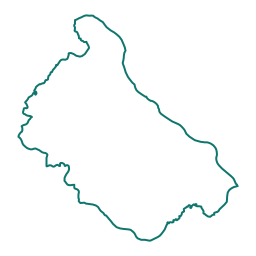 the district of Phonthong, Champasak, Laos
{"feature_id": "54806243B67434402908614", "entity_name": "Phonthong", "entity_type": "district", "adm_level": 2, "iso_a3": "LAO", "parent_name": "Laos", "parent_adm1": "Champasak", "projection": "mercator", "projection_center": [105.67, 15.132], "detail": "fine", "context": "isolated", "style": "outline", "palette": "teal", "viewbox_px": 256, "rotation_deg": 0, "n_neighbors": 0, "source": "geoboundaries", "source_scale": "gbopen_adm2", "svg_char_len": 5707}
<svg xmlns="http://www.w3.org/2000/svg" viewBox="0 0 256 256"><path d="M231.0,176.1L222.2,168.7L219.2,165.6L218.1,164.2L217.4,163.1L216.7,161.3L216.3,159.5L216.2,158.0L216.9,155.1L216.9,153.4L216.7,151.7L216.3,149.8L215.8,148.5L215.0,147.3L213.3,145.3L210.8,143.6L208.9,142.8L206.9,142.3L204.6,142.3L200.6,141.8L194.9,140.2L193.0,139.0L189.4,136.6L186.4,133.8L184.4,129.8L183.0,128.1L181.2,126.2L179.8,125.0L178.2,124.1L172.1,121.4L165.0,116.7L161.9,114.5L160.6,113.4L159.4,111.7L159.0,109.3L158.2,107.7L157.9,105.8L156.9,104.4L156.2,103.6L154.3,102.1L152.8,101.3L151.8,100.9L150.8,100.9L148.5,99.5L147.4,98.5L146.8,97.7L146.5,97.0L146.2,96.7L145.5,96.8L142.5,94.9L138.3,92.0L136.5,90.2L135.4,88.0L134.9,86.3L134.5,84.5L132.2,82.5L129.0,78.4L127.8,76.6L125.8,72.5L124.1,67.0L123.1,64.4L122.7,62.8L123.2,61.1L123.7,58.2L123.9,55.4L124.4,52.7L125.5,50.7L124.9,47.7L123.8,44.9L121.6,39.8L119.4,36.8L116.6,34.3L114.1,32.4L110.5,30.3L106.6,27.2L104.9,25.0L102.9,22.2L101.9,21.5L100.3,20.6L97.5,18.5L94.5,17.0L93.4,15.9L92.8,15.7L91.5,15.6L89.2,15.7L86.7,15.4L85.0,15.6L83.7,16.1L81.8,17.1L78.7,18.4L76.1,19.8L75.1,20.1L75.0,21.9L74.9,22.5L75.0,23.6L74.8,24.2L74.3,24.9L74.2,25.5L74.3,26.1L75.0,27.6L74.9,28.7L74.9,29.5L74.8,29.9L74.6,30.2L74.6,30.6L74.8,31.0L75.2,31.4L76.2,31.7L77.0,32.1L77.4,32.6L77.8,33.6L78.0,34.5L78.6,35.3L79.0,37.7L79.0,38.2L79.2,38.4L79.9,38.6L80.6,38.6L80.7,38.9L80.8,39.4L81.0,40.2L81.7,40.7L82.3,40.8L82.9,41.0L84.0,42.0L84.9,42.1L86.4,41.9L86.9,43.1L87.9,44.8L88.4,45.8L88.9,47.2L88.9,48.2L84.9,54.0L82.1,56.0L81.2,56.3L79.8,56.6L76.1,55.7L74.9,54.8L73.4,53.9L70.9,53.0L69.0,53.2L68.6,53.8L68.7,54.9L67.7,58.1L67.3,58.8L66.7,59.2L65.2,59.7L63.2,59.5L62.1,59.6L61.4,59.9L60.7,60.3L59.9,61.2L57.4,65.0L56.7,64.9L56.2,65.0L56.0,65.4L56.1,66.2L54.1,68.7L53.0,69.8L52.6,70.5L52.1,71.9L51.8,72.0L51.0,72.2L50.7,72.5L50.5,73.0L50.5,73.7L49.6,75.0L48.4,76.2L48.3,76.7L48.0,79.1L47.8,79.5L46.5,80.1L45.8,80.1L45.6,80.2L45.4,80.5L44.8,81.9L44.7,82.3L43.8,83.2L43.5,83.3L43.0,83.2L40.2,84.3L39.5,84.2L37.5,85.7L36.3,86.7L36.0,87.1L35.5,88.6L34.6,89.9L34.2,90.9L34.4,91.2L35.9,91.7L36.2,92.1L36.4,92.8L36.4,93.6L35.9,94.4L35.5,94.6L35.3,94.5L35.1,94.3L34.7,93.3L34.4,93.1L34.0,92.9L33.5,93.0L33.2,93.3L32.5,94.7L31.9,95.5L28.6,97.5L27.9,99.0L27.2,100.0L25.3,102.1L25.2,102.5L26.4,104.0L27.1,105.5L27.6,106.9L27.5,107.5L27.4,107.8L26.9,108.1L26.2,108.2L25.7,108.1L24.7,108.2L24.1,108.3L23.7,109.1L23.6,109.9L23.0,112.2L23.2,113.1L23.5,113.6L24.0,113.9L24.9,114.2L26.2,115.1L27.3,115.6L30.3,116.1L31.4,116.6L31.8,116.9L31.8,117.1L30.7,117.8L30.0,119.1L29.1,119.8L28.8,120.1L27.7,122.7L27.3,123.3L26.3,124.2L25.6,124.5L23.5,125.1L21.9,126.0L21.7,126.2L22.3,127.9L22.4,130.1L21.9,131.6L20.6,132.6L19.7,133.8L18.8,135.2L18.6,136.1L18.5,136.8L20.1,138.2L20.7,139.0L21.5,140.4L22.6,143.6L23.5,145.0L25.9,147.2L27.2,148.1L28.8,148.8L30.4,149.3L32.1,149.3L34.1,148.7L35.0,148.6L35.3,148.5L35.8,148.6L39.4,150.3L41.9,152.1L43.3,152.7L44.4,152.8L45.6,153.1L46.5,153.6L47.1,154.2L47.4,154.9L46.5,157.9L46.5,166.0L46.8,166.3L47.7,166.1L48.5,165.6L49.5,165.3L50.6,165.3L51.6,165.7L52.6,166.4L53.3,166.6L54.3,166.5L55.8,165.4L57.0,164.9L57.6,164.9L58.1,165.1L59.3,166.0L60.0,165.8L60.1,163.6L60.7,163.0L61.8,162.9L63.7,163.7L64.4,164.6L64.7,165.7L65.1,166.0L66.3,165.3L67.2,165.2L67.7,165.3L68.6,165.9L68.9,167.1L69.1,169.0L68.6,170.8L67.8,172.3L66.6,173.8L65.4,176.0L64.6,177.8L64.5,180.5L64.6,181.0L65.4,181.9L66.4,183.3L67.5,184.6L68.7,185.1L70.8,185.2L72.5,184.9L74.2,184.9L74.3,187.6L74.6,188.3L75.0,188.6L77.0,189.3L77.9,189.8L78.8,191.2L78.9,192.4L78.5,194.0L78.4,196.9L78.5,198.1L78.9,199.1L78.8,201.2L79.2,201.8L80.4,203.0L84.2,202.7L86.1,203.6L92.8,204.5L95.9,205.5L98.0,206.9L100.0,210.0L100.9,211.1L103.5,213.1L104.3,214.5L104.9,215.2L106.1,215.5L111.2,221.5L113.0,223.9L116.6,227.2L120.0,228.4L123.3,228.9L128.5,229.4L130.5,229.8L132.4,231.2L133.5,232.2L134.4,233.2L135.3,234.8L136.1,236.6L137.5,238.2L138.2,238.6L141.2,239.8L144.8,239.8L149.2,240.6L150.5,240.6L157.7,237.1L159.6,235.9L161.3,234.1L163.6,231.1L164.8,229.3L166.7,224.8L167.1,224.4L167.3,224.1L167.3,222.8L167.5,222.5L167.8,222.3L168.2,222.4L168.6,223.1L169.0,223.2L169.5,222.6L170.1,222.2L170.4,222.2L171.8,222.4L172.7,222.4L173.4,222.0L173.5,221.8L173.3,220.9L173.4,220.4L173.6,220.1L174.6,220.1L175.1,219.9L175.7,219.3L175.9,219.2L176.3,219.4L176.7,220.1L177.1,220.1L178.1,219.3L179.3,218.3L179.5,218.0L179.5,217.5L179.3,216.5L179.3,216.2L179.6,216.1L180.0,216.4L180.5,216.2L181.0,215.6L181.5,214.8L181.7,214.2L181.9,213.0L182.2,212.4L182.7,212.1L183.6,211.8L184.0,211.4L184.0,210.7L183.8,209.5L183.8,209.1L184.0,208.8L184.6,208.4L185.9,207.7L186.5,207.0L186.9,206.7L187.2,206.7L187.6,206.8L187.8,206.7L188.5,205.5L188.8,205.3L189.3,205.2L189.9,205.4L191.0,206.3L191.2,206.5L191.2,206.8L191.1,207.0L190.3,207.2L190.2,207.4L190.3,207.7L190.4,207.8L190.9,208.0L191.3,207.6L191.9,206.0L192.2,205.6L193.4,204.6L193.9,204.4L194.2,204.5L194.6,205.1L195.0,205.3L195.3,205.0L195.5,204.3L195.8,204.1L196.3,204.2L196.4,204.3L196.4,204.6L196.2,205.4L196.2,205.8L196.4,206.1L198.0,206.3L199.0,206.2L200.2,206.4L201.1,206.6L201.4,207.0L201.4,207.6L201.6,208.0L202.8,209.8L203.5,211.1L203.6,211.5L203.4,212.8L203.5,213.4L203.9,213.7L204.6,213.9L205.6,214.7L205.7,215.0L206.5,215.4L207.5,216.2L208.2,216.5L208.7,216.6L209.4,216.6L210.1,216.8L211.0,216.2L212.4,215.0L213.5,214.7L214.2,214.7L214.1,213.3L214.3,212.9L214.8,212.6L216.9,212.0L217.5,211.9L218.3,211.1L218.7,210.8L219.4,209.4L224.6,204.5L226.8,201.8L227.2,196.1L227.7,192.7L228.3,191.6L229.0,190.4L229.8,189.6L231.2,188.5L233.7,187.1L237.5,186.1L237.3,185.3L236.8,184.5L236.2,184.1L235.7,183.4L233.9,179.2L232.9,177.9L231.0,176.1Z" fill="none" stroke="#0f766e" stroke-width="2"/></svg>